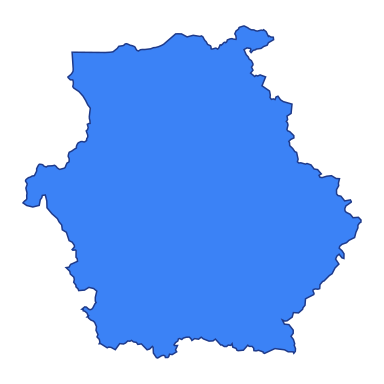 Dytikis Makedonias, Dytiki Makedonia, Greece (Natural Earth projection)
{"feature_id": "26713481B79624114853188", "entity_name": "Dytikis Makedonias", "entity_type": "district", "adm_level": 2, "iso_a3": "GRC", "parent_name": "Greece", "parent_adm1": "Dytiki Makedonia", "projection": "natural_earth1", "projection_center": [21.387, 40.387], "detail": "fine", "context": "isolated", "style": "filled", "palette": "blue", "viewbox_px": 384, "rotation_deg": 0, "n_neighbors": 0, "source": "geoboundaries", "source_scale": "gbopen_adm2", "svg_char_len": 5799}
<svg xmlns="http://www.w3.org/2000/svg" viewBox="0 0 384 384"><path d="M263.6,29.7L262.9,30.4L261.2,30.1L257.2,31.1L255.5,30.7L253.9,29.9L251.3,29.8L249.0,28.7L248.6,28.3L247.7,27.7L244.3,26.0L243.6,26.0L239.7,27.2L239.0,27.6L238.7,28.8L237.5,29.9L236.3,30.7L235.9,31.2L234.8,33.9L235.7,35.4L236.0,36.6L236.2,38.5L236.0,39.4L233.3,39.1L232.0,38.6L230.0,38.9L227.7,39.8L227.3,40.0L226.8,41.7L226.0,42.5L225.7,42.7L225.0,42.2L224.2,42.4L223.5,42.9L222.8,43.8L221.2,45.2L220.8,44.8L220.1,44.9L219.0,47.5L218.4,48.4L217.6,49.1L216.2,48.2L215.5,48.1L212.9,48.9L212.2,49.0L211.3,49.0L211.0,48.4L211.1,48.0L211.1,47.6L210.8,46.3L210.5,45.8L207.6,44.4L206.1,41.6L205.2,40.8L204.2,39.4L203.0,37.0L201.5,35.9L199.9,36.4L193.2,35.3L187.1,36.9L181.5,33.9L177.7,33.8L175.6,33.9L163.6,44.3L161.4,45.5L158.5,46.7L155.6,47.5L153.4,47.7L150.7,48.8L144.9,49.5L142.2,49.5L140.5,49.7L138.4,51.0L136.8,50.3L135.7,48.5L135.2,47.3L134.4,46.6L132.6,45.8L131.1,45.4L130.3,45.3L127.6,44.0L126.2,43.7L125.2,44.0L124.6,44.4L123.7,45.4L122.7,45.7L118.8,46.3L117.2,48.5L113.0,51.8L110.5,52.2L105.2,52.5L72.1,52.2L73.2,68.9L73.1,70.8L72.9,71.6L71.6,73.7L70.9,74.5L67.9,77.0L68.1,77.6L70.3,79.8L72.5,79.9L72.8,80.0L73.2,81.4L73.3,82.4L73.3,84.2L72.8,86.4L73.1,87.2L73.9,88.2L78.9,91.5L83.0,96.1L85.6,100.4L87.8,104.9L89.7,107.3L90.3,108.3L89.3,116.5L89.4,118.8L89.9,120.4L90.1,123.4L89.0,123.5L87.3,124.3L88.2,127.5L87.6,129.5L86.9,130.3L86.2,130.9L87.7,135.0L87.8,136.7L87.6,137.4L86.8,138.5L86.5,140.1L86.6,140.5L84.7,141.9L83.7,141.9L82.1,141.5L80.8,141.6L78.3,142.8L77.7,143.5L76.9,145.0L76.4,146.4L76.4,148.0L74.5,149.1L71.5,151.2L69.3,152.2L68.9,153.0L68.3,155.1L68.2,156.0L68.2,156.5L69.2,158.7L69.1,161.7L68.3,162.4L67.2,162.9L67.0,163.1L66.2,164.8L65.1,167.6L64.1,168.2L59.8,169.4L59.2,169.2L57.3,167.9L56.1,166.4L54.6,165.3L52.1,165.8L47.8,166.0L46.2,167.0L44.3,166.3L43.7,165.9L43.0,165.0L42.0,164.5L39.8,164.2L39.3,164.3L38.5,165.1L37.3,167.3L36.6,168.9L36.7,170.2L36.5,171.4L35.6,173.2L34.4,175.6L33.3,175.9L32.2,176.0L30.3,177.1L28.6,177.6L27.7,178.2L26.1,179.5L25.8,180.0L25.5,180.8L25.6,181.3L26.5,182.6L27.2,183.9L27.0,184.9L25.9,188.0L26.3,190.1L26.8,191.9L27.0,193.4L26.7,195.3L26.8,198.7L26.5,199.4L25.4,200.5L24.8,200.8L23.3,202.4L23.0,202.9L26.7,205.5L32.8,207.0L39.2,205.4L40.3,199.7L41.8,197.7L42.3,195.4L45.3,195.0L46.8,201.0L47.0,207.8L52.0,213.8L57.4,218.6L59.1,221.9L61.7,225.0L62.3,229.8L66.4,232.3L69.1,240.6L72.2,242.2L74.3,245.2L74.4,247.0L72.1,249.6L72.8,250.2L75.6,250.0L76.1,250.7L76.0,257.3L77.2,258.6L77.5,261.3L70.6,264.4L69.0,267.2L66.1,267.6L69.8,271.3L70.3,274.0L73.8,277.1L74.3,279.5L73.7,282.3L75.9,285.1L76.0,286.9L78.0,288.8L78.7,290.6L84.5,290.1L88.9,287.4L93.6,288.5L96.8,291.1L95.3,297.4L95.3,301.1L96.1,302.6L95.1,303.5L92.8,308.0L91.6,309.3L90.1,309.7L88.6,309.1L86.4,307.1L84.7,306.9L81.9,309.2L83.2,309.4L83.1,310.7L84.9,311.3L87.1,313.2L87.8,315.1L88.5,315.5L87.2,316.9L88.3,316.9L88.5,318.0L90.8,320.0L93.4,321.1L94.7,322.5L96.5,326.6L96.0,330.3L98.0,334.6L97.0,336.9L99.3,339.4L99.9,342.3L99.2,343.7L100.7,343.7L107.2,347.8L108.7,347.1L111.1,347.4L115.3,349.7L119.7,343.6L123.5,344.0L125.6,343.0L127.7,341.0L130.0,341.2L131.5,340.4L133.5,341.9L136.4,342.4L137.8,344.4L141.4,343.9L147.1,349.8L149.7,349.0L152.3,346.4L153.1,347.3L153.4,353.1L156.4,357.6L157.7,358.0L161.8,355.6L163.8,355.3L165.0,356.0L165.4,357.5L167.8,357.5L168.7,356.7L169.5,354.2L172.2,354.6L176.7,351.8L175.5,349.9L177.5,345.5L174.7,345.6L174.0,344.9L175.5,342.6L177.8,341.0L178.4,338.9L179.5,338.5L181.8,339.5L183.3,338.1L186.3,337.2L189.2,337.1L190.8,338.5L191.9,340.5L194.6,338.6L198.6,339.2L201.2,337.2L203.4,338.9L209.0,341.1L213.0,340.9L215.4,339.1L220.7,345.0L221.8,344.9L224.2,346.5L226.6,346.5L228.2,345.1L230.8,345.4L232.1,343.7L232.8,347.2L236.1,348.4L236.9,350.2L238.1,350.7L243.4,350.2L247.8,345.2L249.2,346.4L252.1,346.4L253.7,348.2L253.9,350.6L256.0,350.9L258.6,350.3L263.1,351.9L263.3,352.8L264.5,353.4L274.9,348.6L284.5,349.8L288.2,351.8L293.1,351.8L293.8,353.3L295.3,351.4L295.5,348.6L294.2,345.3L294.7,343.7L293.4,339.5L291.0,336.3L293.2,333.3L293.2,330.1L288.9,324.6L284.4,324.1L282.3,319.9L284.8,321.1L287.1,320.8L292.2,317.1L293.4,312.6L298.5,312.9L302.6,309.3L303.0,307.7L305.0,305.3L305.5,298.8L313.8,294.5L314.0,293.3L312.9,290.9L313.3,289.6L315.3,288.9L317.9,289.2L319.7,288.6L320.0,284.6L322.6,281.5L324.1,280.9L329.3,275.6L332.1,273.7L335.0,268.0L338.9,264.1L335.6,259.1L336.8,256.2L339.1,254.2L341.9,257.8L343.9,258.5L344.0,253.8L342.0,250.7L339.2,248.2L339.7,246.3L342.0,244.3L346.5,242.7L349.0,240.3L354.6,237.5L355.9,232.4L357.9,227.9L357.9,225.3L359.5,223.0L360.9,222.2L361.0,220.0L358.4,217.3L353.0,217.7L350.3,214.3L346.2,212.3L345.0,210.8L344.8,208.7L345.9,205.9L351.2,202.2L351.3,201.6L350.4,199.9L344.7,200.9L340.9,196.2L337.9,195.5L336.6,193.9L336.5,189.7L338.7,185.7L338.4,183.2L339.5,178.7L336.1,178.5L331.5,175.7L326.8,176.2L322.1,177.6L320.0,177.3L319.0,175.3L321.3,173.9L317.6,169.6L314.1,169.0L311.0,164.9L307.0,163.5L305.5,164.1L300.8,162.8L298.8,163.0L297.4,161.8L298.1,159.2L296.6,152.4L294.8,151.6L292.7,148.5L289.7,145.6L289.5,142.6L288.8,141.4L290.7,139.5L293.9,137.9L293.8,135.6L289.7,131.6L287.8,130.9L286.9,129.5L288.0,125.0L287.5,122.9L286.3,121.4L287.6,119.6L287.0,116.1L291.1,113.4L292.0,104.1L283.3,101.6L280.5,99.8L278.0,96.2L276.1,96.9L275.0,99.6L273.4,98.9L271.4,99.4L270.0,97.5L270.3,95.1L269.5,91.0L262.0,85.8L265.6,76.9L260.1,74.9L257.7,76.0L256.0,75.4L254.7,76.5L250.6,73.1L253.0,70.2L251.5,67.1L253.0,64.9L252.9,63.7L251.4,60.7L249.1,59.0L248.3,57.0L246.2,54.7L244.0,49.6L247.0,47.9L250.5,48.5L250.9,49.3L250.0,51.3L251.1,52.6L253.1,50.4L255.7,49.7L256.2,49.1L261.1,48.4L263.7,46.5L267.2,45.2L268.4,42.7L273.6,39.7L273.3,37.2L270.8,37.0L269.0,35.9L268.4,36.4L266.1,31.6L263.6,29.7Z" fill="#3b82f6" stroke="#1e3a8a" stroke-width="1.5"/></svg>